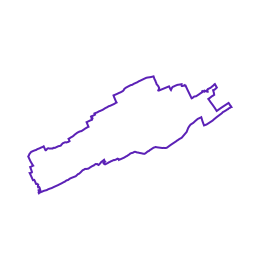 the district of Bogdanesti, Vaslui, Romania, rotated 258°
{"feature_id": "2599482B63320103787750", "entity_name": "Bogdanesti", "entity_type": "district", "adm_level": 2, "iso_a3": "ROU", "parent_name": "Romania", "parent_adm1": "Vaslui", "projection": "orthographic", "projection_center": [27.722, 46.427], "detail": "fine", "context": "isolated", "style": "outline", "palette": "violet", "viewbox_px": 256, "rotation_deg": 258, "n_neighbors": 0, "source": "geoboundaries", "source_scale": "gbopen_adm2", "svg_char_len": 5694}
<svg xmlns="http://www.w3.org/2000/svg" viewBox="0 0 256 256"><g transform="rotate(258 128 128)"><path d="M127.0,233.5L128.4,233.0L128.7,232.7L129.0,232.6L130.7,232.0L131.6,231.6L128.4,223.4L126.2,218.3L129.2,217.2L133.0,215.6L136.4,214.0L138.7,213.1L139.7,212.6L140.6,214.7L141.0,215.5L141.3,216.0L141.8,217.2L141.9,217.8L142.2,218.3L142.3,218.6L142.5,219.2L144.6,219.3L147.3,219.1L147.4,220.2L147.5,220.6L147.7,221.0L148.2,221.9L149.1,223.3L152.9,222.1L152.5,221.2L152.1,220.8L151.6,219.9L151.4,219.4L150.5,217.8L150.0,216.7L150.0,216.1L149.7,215.4L149.6,214.7L149.5,214.3L149.2,214.2L149.0,213.6L148.7,213.3L148.3,213.5L147.1,213.5L146.9,213.5L146.9,213.4L147.2,212.9L147.5,212.7L147.5,212.3L147.6,212.2L148.1,211.8L148.2,211.4L148.0,211.1L148.0,210.7L147.9,210.6L148.6,210.3L147.9,208.9L148.6,208.6L148.5,208.2L147.7,208.3L146.6,205.4L146.3,204.8L144.9,201.2L144.9,200.9L145.0,199.5L144.9,199.0L144.1,197.5L143.9,197.1L143.8,196.4L153.1,194.1L157.2,193.2L157.1,192.8L158.2,192.4L158.0,191.8L157.7,190.3L157.8,189.5L157.9,189.3L158.1,189.3L158.9,189.3L159.7,189.5L159.7,189.1L159.8,186.8L159.9,185.8L159.9,185.2L159.5,182.9L159.2,182.0L159.1,181.1L158.8,180.1L158.3,179.5L157.8,179.1L157.2,178.6L156.2,177.9L156.6,177.7L160.2,176.8L159.6,173.5L158.6,168.1L158.2,166.0L158.3,165.5L158.4,165.4L160.5,166.8L161.1,166.7L162.6,166.3L163.4,165.9L163.9,165.7L164.6,165.2L165.3,165.0L166.1,165.0L167.9,164.6L168.7,164.6L170.1,164.1L173.2,163.7L173.1,162.1L173.1,160.2L173.3,157.6L173.3,156.3L172.8,154.1L171.6,149.2L171.5,148.4L170.8,146.6L170.4,144.5L170.3,144.2L170.0,142.7L169.5,141.5L169.3,140.7L169.3,140.4L169.4,140.0L169.3,139.3L169.0,138.3L168.6,136.8L168.3,135.8L167.8,134.1L167.0,132.6L166.9,132.4L166.3,132.0L165.8,131.5L165.2,130.6L164.4,128.0L164.2,126.6L163.7,124.7L163.1,121.8L163.1,121.4L162.9,120.6L160.8,120.9L156.6,121.7L155.3,122.1L155.2,121.6L154.4,119.4L153.6,115.9L153.4,115.0L153.3,113.6L152.6,111.8L152.5,111.2L152.1,109.7L151.3,107.7L150.9,106.4L150.8,105.6L150.5,104.6L150.4,103.4L149.6,100.8L149.4,99.1L149.2,98.2L147.9,98.5L147.2,96.0L147.1,94.6L146.9,94.2L145.9,94.4L145.9,94.7L145.7,94.7L145.6,95.0L145.4,95.1L145.4,94.9L145.1,94.9L144.8,94.9L144.7,94.8L145.0,94.6L144.9,94.4L143.8,94.7L143.6,94.6L143.5,94.4L143.4,93.6L143.2,92.4L142.5,89.6L142.3,88.7L137.4,89.6L137.2,88.6L136.3,85.9L135.4,83.8L135.1,82.9L134.8,82.3L134.7,81.8L134.6,81.3L134.7,81.0L134.6,79.8L134.5,79.3L134.3,79.0L134.2,78.2L133.7,76.8L133.5,76.5L132.9,75.1L132.2,73.8L131.9,73.4L131.2,72.0L131.0,71.3L130.8,70.5L130.2,69.0L129.8,67.6L128.0,68.0L127.3,68.1L126.8,66.7L126.8,65.6L126.6,65.0L126.9,64.3L127.1,63.5L126.7,61.3L126.5,60.8L126.0,60.2L125.7,59.5L125.2,59.2L124.8,58.7L124.6,57.5L124.7,56.5L124.5,55.3L124.3,54.8L124.3,54.3L123.8,52.8L123.9,52.4L123.8,51.9L124.1,51.1L124.1,50.9L124.0,50.6L123.6,50.1L123.6,49.8L123.9,48.8L123.9,48.4L124.3,46.7L124.7,46.0L124.7,45.4L124.7,45.2L124.5,44.7L123.4,43.3L123.3,42.9L123.4,42.7L123.6,42.6L127.6,41.7L127.3,41.0L127.1,39.9L126.9,38.7L126.5,37.2L126.2,35.1L125.8,33.9L125.6,33.5L125.6,32.9L125.5,31.9L125.2,30.2L124.9,29.1L124.9,28.6L124.4,27.7L123.9,27.3L123.2,26.3L121.6,25.2L120.9,24.5L115.6,25.7L112.1,26.9L110.9,27.4L110.7,26.3L110.1,24.6L110.1,24.2L106.8,24.7L104.8,24.9L104.6,24.7L104.4,23.8L104.3,23.5L104.2,23.2L104.3,22.5L101.8,23.1L96.7,24.2L96.7,24.9L96.7,25.5L95.4,25.9L92.5,26.4L92.4,27.1L92.2,27.1L92.1,27.5L91.8,28.0L91.1,28.4L90.0,27.8L89.6,27.7L88.9,27.8L88.6,27.8L88.5,28.1L88.6,28.9L88.0,29.1L85.1,29.3L85.0,28.6L85.3,28.6L85.3,28.2L85.8,28.0L85.7,27.6L84.3,28.0L84.1,27.8L83.8,27.9L83.5,27.6L83.5,27.3L83.6,27.2L83.4,27.1L82.7,27.3L82.9,27.6L83.2,28.4L83.5,29.9L83.7,31.3L83.8,31.5L84.0,32.4L84.1,33.8L84.1,34.8L84.2,35.6L84.3,36.2L84.6,36.9L84.9,38.6L85.1,40.7L85.3,41.6L85.7,43.1L86.0,44.5L86.7,47.8L87.1,49.2L87.7,51.6L88.4,53.8L88.6,55.0L89.0,55.7L89.3,56.3L89.4,56.9L89.6,57.4L89.6,58.4L89.7,58.9L90.1,59.5L90.3,60.1L90.5,60.4L90.7,61.1L91.0,62.6L91.7,66.9L92.8,68.7L93.0,69.0L93.3,69.5L93.4,70.5L94.4,72.3L96.1,74.8L96.4,76.2L96.9,77.4L96.9,77.5L96.8,78.1L96.5,79.2L96.6,79.7L96.5,80.8L97.0,82.0L97.3,82.6L98.3,85.5L98.4,86.6L98.9,87.4L99.4,88.7L99.5,89.0L99.2,89.6L99.2,90.3L99.1,90.5L98.0,91.3L97.9,91.5L99.2,93.5L100.3,94.7L100.6,95.3L100.8,95.8L101.2,96.8L101.7,97.5L101.9,98.0L101.2,98.1L100.1,98.4L99.8,98.6L99.2,97.4L99.0,96.9L98.9,96.7L98.1,97.0L97.2,98.0L97.5,99.3L97.6,99.5L97.9,100.9L98.4,102.0L98.5,103.0L98.9,103.9L99.1,105.2L99.6,107.3L99.6,107.6L99.4,108.0L99.6,109.6L100.2,111.4L99.9,111.9L99.6,112.0L99.5,112.4L98.7,112.5L98.9,113.2L99.0,114.2L99.1,114.6L99.8,117.9L100.5,120.0L100.7,120.4L100.9,121.5L101.3,122.2L101.3,122.3L102.0,124.1L102.4,124.6L102.6,125.2L102.8,126.5L102.7,126.8L102.8,127.7L103.3,129.2L103.3,129.6L103.1,130.4L102.2,131.7L101.8,133.0L101.3,133.9L100.4,136.1L99.7,137.5L99.3,138.9L99.6,139.6L100.0,140.6L100.9,142.2L101.0,142.4L101.1,143.0L101.0,143.3L101.1,143.5L101.9,144.9L102.4,146.4L102.6,146.8L103.3,148.6L103.4,148.9L103.5,149.5L103.5,150.3L103.7,151.0L103.1,152.3L102.6,153.7L101.3,157.4L101.2,158.0L101.1,158.9L100.8,159.7L100.6,160.6L100.6,161.1L100.6,161.6L100.7,162.1L102.2,165.4L102.5,166.1L103.0,167.3L105.0,172.4L105.5,173.3L105.6,173.8L106.6,176.1L106.7,176.5L106.8,176.9L107.3,178.5L112.0,184.6L113.0,185.2L115.8,187.1L116.2,187.6L116.4,187.7L117.0,188.3L117.9,189.4L118.3,189.8L119.5,193.0L120.9,195.3L122.4,198.1L123.2,201.6L123.3,201.9L122.3,202.0L119.6,202.2L114.7,202.9L115.0,205.1L115.2,205.9L117.7,212.4L118.5,213.7L120.1,216.8L122.8,222.6L123.2,223.3L123.5,223.6L123.9,224.3L124.1,225.2L124.9,227.6L125.3,228.4L125.7,229.9L126.0,230.1L126.3,230.8L126.6,232.2L126.8,232.4L127.0,233.4L127.0,233.5Z" fill="none" stroke="#5b21b6" stroke-width="2"/></g></svg>